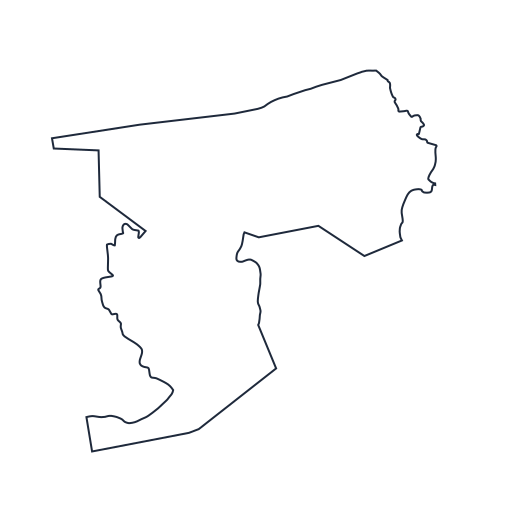 San Juan Guarita, Lempira, Honduras, rotated 259°
{"feature_id": "27666195B76708955543126", "entity_name": "San Juan Guarita", "entity_type": "district", "adm_level": 2, "iso_a3": "HND", "parent_name": "Honduras", "parent_adm1": "Lempira", "projection": "mercator", "projection_center": [-88.788, 14.147], "detail": "fine", "context": "isolated", "style": "outline", "palette": "slate", "viewbox_px": 512, "rotation_deg": 259, "n_neighbors": 0, "source": "geoboundaries", "source_scale": "gbopen_adm2", "svg_char_len": 6108}
<svg xmlns="http://www.w3.org/2000/svg" viewBox="0 0 512 512"><g transform="rotate(259 256 256)"><path d="M291.5,445.5L293.1,445.7L293.5,444.6L294.1,443.6L294.8,442.7L295.6,441.8L296.8,440.9L298.1,440.0L298.7,439.8L299.2,439.9L300.6,440.5L302.4,441.7L304.9,443.8L307.4,446.4L308.4,447.2L309.9,448.3L311.4,449.1L314.2,450.3L316.8,451.0L318.6,451.3L323.2,451.8L326.2,452.4L327.1,452.7L328.0,453.1L329.4,454.2L329.9,454.2L330.3,454.0L330.5,453.7L334.4,446.1L334.6,445.9L334.9,445.8L335.9,445.8L336.5,445.7L337.1,445.4L337.5,445.1L338.0,444.6L338.3,444.0L338.8,441.8L339.1,441.1L339.6,440.4L340.3,439.6L341.4,438.6L342.5,437.7L343.5,437.1L343.9,437.0L344.2,437.0L344.5,437.1L344.7,437.4L344.9,437.7L344.9,438.0L344.6,438.7L344.6,438.9L344.7,439.1L344.9,439.3L350.5,441.8L350.9,442.0L351.2,442.4L351.3,442.8L351.3,444.0L351.5,444.8L351.9,445.5L352.4,445.9L353.0,445.9L354.0,445.5L355.0,445.0L356.4,444.0L356.9,443.7L357.5,443.6L358.3,443.6L359.4,443.8L360.6,443.5L361.4,443.3L362.2,442.9L362.8,442.5L363.2,442.0L363.4,441.6L363.6,439.9L363.7,438.6L363.6,437.9L363.5,437.3L362.9,435.9L362.9,435.4L363.1,435.0L363.6,434.7L366.0,433.4L367.5,432.9L369.1,432.7L369.5,432.4L369.7,432.1L369.9,431.4L369.9,429.0L370.2,426.0L370.4,424.2L370.6,423.9L370.9,423.7L371.2,423.5L371.5,423.5L372.9,423.8L373.9,423.7L377.0,422.9L379.5,421.9L380.7,421.5L381.3,421.6L381.6,421.7L381.9,421.9L382.4,422.5L382.9,422.8L383.3,422.9L383.7,422.8L384.2,422.7L384.6,422.4L385.0,422.0L385.5,421.3L386.2,420.8L388.7,420.2L390.6,419.9L392.8,419.7L395.4,419.6L396.2,419.8L397.7,420.2L399.0,420.4L399.7,420.4L400.5,420.3L401.2,419.9L402.1,419.0L402.5,418.8L403.1,418.6L403.7,418.7L406.9,415.3L408.6,413.7L411.1,412.5L412.4,411.6L415.1,409.3L415.7,405.7L416.3,403.1L416.8,400.0L416.6,395.0L416.3,393.5L415.9,390.3L412.6,372.8L411.4,353.4L410.7,347.4L409.7,341.6L409.4,336.0L407.8,323.9L406.6,317.0L406.6,312.4L406.2,308.1L405.4,304.0L404.4,300.2L403.0,296.5L401.2,292.7L400.5,289.7L400.1,285.8L399.9,262.2L407.1,166.9L410.5,78.2L400.1,78.0L389.7,121.6L343.9,113.9L301.6,152.4L296.7,146.2L296.1,145.1L296.0,144.7L296.1,144.4L296.5,144.1L297.0,144.0L298.8,144.6L301.4,145.5L302.4,145.6L302.9,145.6L303.2,145.5L303.4,145.3L303.7,144.5L304.9,141.3L305.5,140.2L306.1,139.5L310.1,136.8L311.5,135.8L312.0,135.2L312.3,134.5L312.5,133.9L312.5,133.2L312.2,132.3L311.6,131.6L310.9,131.0L309.7,130.4L308.9,130.2L307.9,130.1L305.5,129.9L304.2,130.0L303.7,129.9L303.6,129.7L303.4,128.3L303.4,125.7L303.2,124.5L303.0,123.8L302.6,123.2L302.2,122.7L301.6,122.1L300.6,121.6L299.3,121.0L298.1,120.7L295.2,120.0L293.4,119.4L293.4,119.1L293.8,118.3L294.6,117.3L295.5,116.3L295.7,115.9L295.9,113.8L295.8,112.9L295.6,111.9L294.6,111.6L293.1,111.4L285.2,110.8L282.1,110.4L278.8,109.7L272.5,108.3L270.6,108.0L269.6,108.1L268.8,108.5L267.9,109.1L265.1,111.4L264.4,111.8L264.0,111.8L263.8,111.6L263.6,111.2L263.5,110.1L263.7,104.1L263.6,102.1L263.4,100.8L263.0,99.6L262.5,99.1L262.2,98.8L261.1,98.3L259.4,98.0L256.0,97.7L255.1,97.4L254.7,97.2L254.3,96.7L253.7,95.3L253.5,95.0L253.2,94.8L252.8,94.7L252.0,94.9L248.6,96.2L247.4,96.4L246.1,96.5L242.4,96.1L240.1,96.2L237.0,96.5L235.8,96.8L235.1,97.1L234.2,97.6L233.7,98.2L233.2,98.9L232.3,100.5L231.9,100.9L231.5,101.3L230.8,101.6L227.2,102.8L226.7,103.0L226.4,103.3L226.2,103.6L226.1,104.1L226.1,106.6L226.0,107.4L225.7,108.1L225.1,108.5L224.8,108.5L224.1,108.5L221.6,108.0L220.7,107.9L220.1,108.0L219.6,108.1L219.0,108.4L216.7,110.1L215.7,110.5L215.4,110.5L214.8,110.4L212.9,109.8L211.5,109.6L210.4,109.7L207.1,110.2L204.5,110.3L203.6,110.7L202.2,111.6L201.0,112.8L198.9,114.9L194.6,119.7L192.1,122.2L190.5,123.5L188.9,124.7L187.5,125.5L186.7,125.9L185.8,126.1L185.0,126.1L184.1,126.0L182.6,125.6L180.9,124.8L176.5,122.3L174.9,121.7L173.9,121.5L173.1,121.4L172.4,121.5L171.3,121.9L170.7,122.2L170.2,122.6L169.3,123.7L168.4,125.2L167.3,128.0L166.9,128.6L166.5,129.0L165.8,129.2L164.6,129.3L160.9,129.1L159.1,129.1L157.9,129.4L157.0,129.9L156.5,130.6L155.6,133.4L155.1,134.6L154.6,135.4L152.8,137.9L150.0,141.5L148.4,143.4L146.7,145.2L145.3,146.3L144.5,146.9L142.6,148.0L140.2,149.1L138.3,148.2L136.8,147.1L136.1,146.4L133.9,143.7L132.1,141.7L131.2,140.4L125.1,130.7L121.8,124.3L119.8,120.0L119.3,118.8L118.7,116.9L117.7,112.4L116.4,107.7L116.0,105.3L115.9,102.8L116.0,100.4L116.2,99.2L116.8,97.8L117.5,96.6L118.2,95.6L119.0,94.9L120.3,94.0L121.0,93.5L121.8,92.6L122.3,92.0L124.0,89.4L124.7,88.2L125.7,86.0L126.6,83.7L126.9,82.3L127.1,81.1L127.1,80.2L127.0,78.3L126.9,77.2L127.3,73.6L127.5,72.8L128.0,71.1L129.5,66.9L130.0,65.3L130.2,63.8L130.3,62.2L130.3,60.7L130.2,58.8L95.4,57.8L95.2,156.5L97.0,166.8L141.8,254.3L187.9,245.0L189.2,245.9L189.8,246.2L193.5,247.5L197.5,248.6L199.6,249.5L200.8,249.9L201.8,250.0L205.4,249.8L206.5,249.6L208.3,249.1L209.1,249.0L210.1,249.0L211.2,249.1L213.6,249.7L217.0,250.8L219.3,251.6L224.9,253.8L227.3,254.7L228.5,255.0L232.7,255.8L236.4,256.9L237.5,257.1L241.3,257.3L243.1,257.3L244.1,257.2L245.2,257.0L246.6,256.5L247.8,255.9L248.9,255.3L249.9,254.5L251.0,253.3L252.1,252.0L253.1,250.7L253.5,250.0L253.7,249.2L253.9,247.7L253.8,246.2L253.6,244.8L253.0,241.6L253.1,240.6L253.3,239.6L253.7,238.2L254.0,237.7L254.4,237.2L254.8,236.8L255.3,236.5L255.8,236.3L256.3,236.2L257.5,236.3L258.9,236.7L260.7,237.3L262.4,238.1L263.6,239.0L265.2,240.7L266.1,241.6L268.2,243.3L269.0,243.8L270.3,244.5L273.2,245.7L279.6,248.0L281.4,249.2L273.8,262.3L273.7,323.0L235.3,362.4L243.4,402.2L245.5,401.6L247.0,401.3L250.9,401.5L252.7,401.7L255.0,402.3L256.0,402.6L256.9,403.0L259.6,404.6L260.1,405.1L261.0,406.2L261.4,406.4L261.9,406.6L262.7,406.8L264.7,407.0L270.4,407.2L272.0,407.5L273.4,407.8L275.9,408.9L278.9,410.6L283.4,413.6L285.4,415.0L287.4,416.6L288.3,417.6L289.2,418.6L289.8,419.7L290.4,420.9L290.7,422.2L290.9,423.6L290.9,425.0L290.8,426.7L290.6,428.4L290.2,429.6L289.7,430.7L289.2,431.2L288.1,431.4L287.7,431.6L286.7,432.6L286.3,433.1L285.9,434.4L285.5,435.9L285.3,437.8L285.3,438.7L285.4,439.4L285.7,439.9L286.0,440.4L286.5,440.8L287.5,441.3L289.4,441.9L290.3,442.2L291.2,442.7L291.7,443.1L291.9,443.5L292.0,444.1L291.8,444.8L291.5,445.5Z" fill="none" stroke="#1e293b" stroke-width="2"/></g></svg>